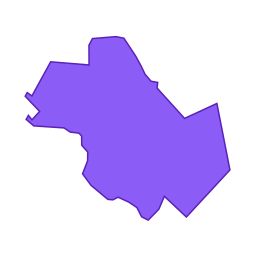 outline of Karaulbazar, Bukhoro, Uzbekistan, rotated 275°
{"feature_id": "79887680B6404412845327", "entity_name": "Karaulbazar", "entity_type": "district", "adm_level": 2, "iso_a3": "UZB", "parent_name": "Uzbekistan", "parent_adm1": "Bukhoro", "projection": "robinson", "projection_center": [64.77, 39.381], "detail": "fine", "context": "isolated", "style": "filled", "palette": "violet", "viewbox_px": 256, "rotation_deg": 275, "n_neighbors": 0, "source": "geoboundaries", "source_scale": "gbopen_adm2", "svg_char_len": 651}
<svg xmlns="http://www.w3.org/2000/svg" viewBox="0 0 256 256"><g transform="rotate(275 128 128)"><path d="M38.0,156.2L49.8,165.8L63.1,170.2L44.4,193.9L95.1,233.2L160.2,214.4L142.5,183.5L170.3,153.5L176.0,153.6L176.6,146.9L183.0,140.3L189.9,136.3L199.9,129.7L217.1,116.1L218.0,108.1L214.0,84.8L207.1,81.9L187.4,83.7L187.2,45.2L151.6,29.5L154.5,24.5L150.7,22.8L136.8,38.5L127.8,31.6L131.9,27.7L127.7,25.8L121.9,33.9L122.5,64.3L118.9,70.7L118.6,79.6L115.9,82.5L106.8,83.4L100.5,90.0L91.7,90.6L78.4,86.7L67.5,96.3L55.1,114.2L55.1,119.2L58.2,124.1L54.3,135.1L49.5,143.8L40.7,149.3L38.0,156.2Z" fill="#8b5cf6" stroke="#5b21b6" stroke-width="1.5"/></g></svg>